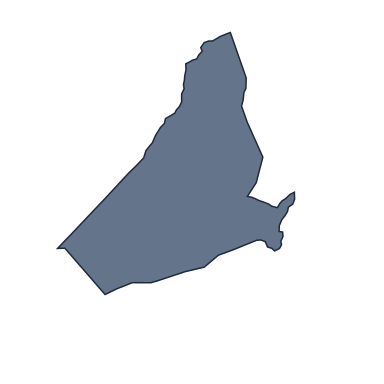 the district of Araruna, Paraíba, Brazil, rotated 317°
{"feature_id": "56859067B30270285588633", "entity_name": "Araruna", "entity_type": "district", "adm_level": 2, "iso_a3": "BRA", "parent_name": "Brazil", "parent_adm1": "Paraíba", "projection": "albers", "projection_center": [-35.727, -6.531], "detail": "fine", "context": "isolated", "style": "filled", "palette": "slate", "viewbox_px": 384, "rotation_deg": 317, "n_neighbors": 0, "source": "geoboundaries", "source_scale": "gbopen_adm2", "svg_char_len": 1242}
<svg xmlns="http://www.w3.org/2000/svg" viewBox="0 0 384 384"><g transform="rotate(317 192 192)"><path d="M55.2,141.6L60.7,146.4L58.5,207.7L71.0,211.5L86.5,217.6L100.0,230.3L105.5,233.1L132.3,245.4L149.8,255.3L168.1,256.2L182.1,262.1L206.4,271.4L209.6,274.0L211.7,278.3L209.7,283.8L211.9,287.5L212.2,291.4L217.4,293.0L221.6,291.6L223.4,288.6L228.2,286.6L231.0,283.1L228.8,280.3L232.8,276.2L238.8,273.5L244.1,272.7L248.6,271.4L252.1,268.8L257.3,269.6L262.1,267.3L266.7,262.0L262.1,260.6L255.8,260.7L251.8,259.9L248.0,260.4L243.8,261.7L240.6,256.7L239.8,253.0L237.6,248.4L235.2,244.0L233.7,239.9L232.1,236.6L229.5,233.0L245.3,229.0L262.3,218.2L267.6,214.8L279.9,178.8L286.8,163.0L292.3,159.5L298.0,154.5L302.1,153.0L309.4,145.6L328.8,101.5L325.0,99.9L318.7,97.5L310.1,95.6L307.1,92.9L302.8,91.0L296.8,92.4L295.6,96.0L290.3,96.4L286.3,97.9L281.9,95.8L278.6,95.1L274.8,94.0L271.1,98.4L265.9,102.1L262.6,105.1L259.0,107.6L256.8,111.0L251.3,113.2L245.8,119.1L241.0,120.9L236.5,121.3L233.3,122.6L227.1,121.3L222.7,120.2L218.6,123.0L212.9,123.3L204.1,125.7L196.5,129.0L192.6,129.4L186.6,130.3L180.0,134.1L168.3,134.8L159.3,134.9L121.0,137.7L116.8,137.9L74.9,140.5L66.7,140.9L55.2,141.6Z" fill="#64748b" stroke="#1e293b" stroke-width="1.5"/></g></svg>